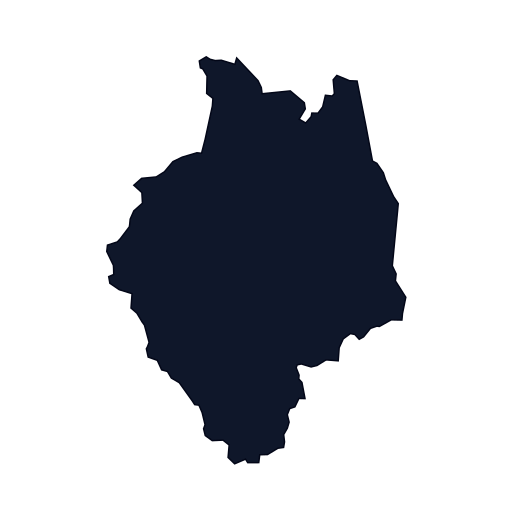 Comerío, Puerto Rico (Equal Earth projection), rotated 171°
{"feature_id": "32010507B91105509770544", "entity_name": "Comerío", "entity_type": "district", "adm_level": 2, "iso_a3": "PRI", "parent_name": "Puerto Rico", "parent_adm1": "", "projection": "equal_earth", "projection_center": [-66.218, 18.225], "detail": "fine", "context": "isolated", "style": "filled", "palette": "ink", "viewbox_px": 512, "rotation_deg": 171, "n_neighbors": 0, "source": "geoboundaries", "source_scale": "gbopen_adm2", "svg_char_len": 1795}
<svg xmlns="http://www.w3.org/2000/svg" viewBox="0 0 512 512"><g transform="rotate(171 256 256)"><path d="M404.7,258.7L404.6,251.9L396.3,244.1L384.3,238.2L387.6,224.1L382.6,218.2L378.8,208.7L377.0,205.2L375.1,187.4L377.4,183.4L378.8,181.5L378.3,173.0L369.8,168.4L367.0,158.3L361.5,155.8L358.7,148.7L351.6,142.9L341.7,123.1L339.8,118.8L335.7,117.6L333.7,109.8L332.7,97.3L334.8,93.6L334.2,86.6L328.1,80.5L317.4,79.3L312.1,73.5L315.1,61.4L309.6,54.1L298.1,57.0L296.5,53.2L285.6,51.5L283.4,59.1L275.7,58.1L264.5,62.7L258.7,62.6L256.9,67.9L256.6,75.3L252.0,81.0L249.3,86.7L249.9,94.4L246.6,100.0L241.2,100.9L235.9,108.6L229.9,107.5L230.4,123.9L233.0,127.9L232.1,131.6L233.8,139.4L232.4,142.0L228.2,142.3L218.9,137.8L212.9,138.3L203.7,142.2L202.4,142.3L191.2,139.6L188.2,152.4L182.8,160.5L174.9,164.6L170.6,163.0L167.1,157.6L162.4,159.3L154.3,166.6L147.6,167.8L145.2,167.1L132.4,171.8L121.9,169.9L120.3,176.3L114.5,191.8L122.2,209.6L120.4,216.4L122.9,225.0L117.6,245.5L109.2,278.0L107.3,285.5L110.8,293.1L116.1,311.0L117.2,318.3L122.1,328.6L126.1,331.6L127.1,367.8L128.8,413.0L136.2,414.5L147.9,421.7L152.2,418.0L153.2,404.1L155.7,402.1L162.3,403.9L166.8,392.9L172.4,387.4L178.5,388.4L179.7,385.0L186.1,379.6L192.0,384.4L184.3,393.6L184.3,399.8L196.3,413.7L224.6,415.3L224.4,421.6L226.6,428.9L244.1,454.6L246.9,448.6L259.7,454.8L265.7,455.4L270.6,457.5L274.0,460.5L281.5,457.5L281.5,450.5L279.3,449.2L276.2,441.4L279.3,424.3L273.9,418.4L275.7,410.8L288.1,378.9L288.2,378.7L293.7,366.0L298.2,367.2L313.4,365.2L323.3,362.2L333.3,353.5L342.2,349.7L356.8,350.6L365.6,345.0L358.8,336.5L359.9,325.9L369.6,319.7L374.5,312.1L375.7,307.4L376.5,304.7L387.3,294.3L390.8,291.6L401.0,290.0L402.7,283.8L398.3,269.1L398.6,266.0L399.4,260.0L404.7,258.7Z" fill="#0f172a" stroke="#020617" stroke-width="1.5"/></g></svg>